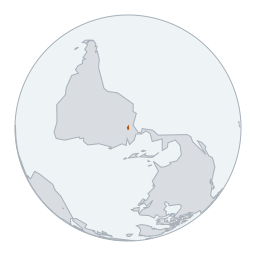 Bogota on an orthographic globe, rotated 158°
{"feature_id": "COL-1399", "entity_name": "Bogota", "entity_type": "Federal District", "adm_level": 1, "iso_a3": "COL", "parent_name": "Colombia", "parent_adm1": "", "projection": "orthographic", "projection_center": [-74.191, 4.255], "detail": "fine", "context": "on_globe", "style": "filled", "palette": "amber", "viewbox_px": 256, "rotation_deg": 158, "n_neighbors": 0, "source": "natural_earth", "source_scale": "10m", "svg_char_len": 7597}
<svg xmlns="http://www.w3.org/2000/svg" viewBox="0 0 256 256"><g transform="rotate(158 128 128)"><circle cx="128" cy="128" r="113" fill="#eef3f6" stroke="#a8b0b8"/><path d="M120.2,120.0L117.6,118.8L115.0,122.1L105.9,116.7L102.8,110.1L75.6,99.7L73.0,96.4L73.2,91.1L65.7,74.2L68.3,90.0L65.0,87.0L62.8,81.3L64.4,79.9L63.5,71.9L60.8,68.9L62.0,59.4L70.1,47.8L70.7,49.5L72.5,46.8L71.9,44.7L71.0,44.1L76.5,34.8L75.6,31.1L71.6,32.5L75.4,30.4L65.3,35.4L62.4,36.6L68.0,33.7L70.3,32.3L69.5,32.2L71.7,30.9L72.6,30.1L75.3,28.6L78.3,27.5L80.1,26.6L79.4,26.6L81.7,25.4L82.4,25.4L86.5,23.4L92.3,21.9L92.1,24.6L97.6,23.8L103.3,27.0L105.1,25.9L108.4,26.9L111.6,26.2L111.8,27.4L114.2,25.9L113.5,25.0L114.3,24.2L116.1,23.8L116.6,25.0L115.8,25.4L116.9,25.6L116.4,26.4L117.7,25.8L118.1,27.6L120.4,25.3L123.0,26.4L122.5,27.7L119.0,28.2L109.2,33.7L107.7,35.8L109.0,38.0L119.0,40.5L118.7,42.9L121.0,45.7L122.7,43.9L121.6,41.2L125.5,38.9L123.6,36.2L124.9,35.1L124.4,32.4L128.3,32.3L132.4,33.7L133.0,36.1L134.8,36.9L137.3,34.5L141.4,39.0L149.3,42.7L149.9,44.2L145.6,46.8L137.8,47.0L132.1,51.8L139.7,48.3L141.2,52.6L143.0,53.3L145.2,53.0L146.2,51.4L147.5,52.9L140.5,56.6L139.2,55.2L141.4,54.0L137.8,54.2L133.1,57.4L134.2,59.6L126.0,63.0L126.7,64.8L125.3,66.7L124.7,63.6L125.5,69.5L116.0,76.5L117.0,87.7L111.9,79.1L107.5,78.2L102.1,78.5L102.2,80.3L95.1,79.2L88.6,83.2L86.2,92.2L88.6,99.1L96.5,99.2L98.9,95.2L104.7,94.3L100.4,105.0L110.6,106.4L109.5,114.5L112.5,118.6L117.6,117.4L122.9,119.4L126.6,114.6L132.7,112.0L132.8,118.5L136.2,112.5L139.6,115.6L151.6,115.1L150.7,116.7L160.8,124.3L171.7,127.4L174.2,132.2L172.9,135.2L176.6,136.0L176.7,138.0L191.3,140.5L198.5,145.2L198.1,152.0L191.7,160.0L185.3,176.4L173.7,182.1L170.2,188.5L160.4,197.9L153.4,197.3L154.9,201.8L150.7,204.6L146.0,204.8L144.9,207.9L141.4,208.0L143.5,210.0L137.5,214.0L138.7,217.2L134.3,220.2L135.2,222.0L133.7,222.0L132.0,222.6L131.7,223.6L127.1,221.9L126.2,217.9L128.1,215.8L126.0,215.4L130.1,209.9L127.8,211.0L128.9,202.5L132.6,195.3L135.4,173.8L133.1,169.5L124.5,164.5L114.2,148.3L117.1,141.5L114.8,138.4L122.2,128.8L120.2,120.0ZM22.6,92.8L23.4,90.2L23.2,91.8L22.6,92.8ZM23.8,88.8L23.5,89.6L23.7,88.9L23.8,88.8ZM23.8,88.3L23.8,88.6L23.7,88.5L23.8,88.3ZM23.7,88.0L23.8,88.0L23.7,88.1L23.7,88.0ZM116.4,91.6L128.0,96.9L121.4,97.7L122.7,96.6L119.7,94.4L114.2,92.4L108.4,93.7L116.4,91.6ZM23.8,86.8L23.9,86.4L24.1,86.2L23.8,86.8ZM121.6,85.2L119.6,84.8L121.6,84.7L121.6,85.2ZM70.2,44.1L71.6,44.9L71.4,47.5L70.0,46.9L70.2,44.1ZM71.0,39.8L72.3,39.6L70.1,42.1L70.0,41.4L71.0,39.8ZM68.2,34.0L69.0,34.1L67.5,34.6L68.2,34.0ZM72.2,30.3L71.3,30.8L72.1,30.3L72.2,30.3ZM122.3,32.7L123.3,32.6L122.9,33.1L122.3,32.7ZM121.1,31.8L119.9,32.5L119.1,32.2L119.9,31.7L121.1,31.8ZM77.0,27.6L78.7,26.7L77.5,27.4L77.0,27.6ZM122.9,31.0L118.0,31.6L116.7,31.1L118.6,29.0L122.9,31.0ZM83.4,24.6L82.4,25.1L81.7,25.3L80.0,26.1L80.4,25.9L83.4,24.6ZM112.4,24.9L113.3,25.8L110.9,25.5L112.4,24.9ZM110.7,25.0L102.0,25.8L101.6,24.6L104.6,24.4L102.7,23.3L106.8,22.2L108.7,22.6L108.2,23.6L110.2,22.5L110.7,25.0ZM114.4,23.8L112.7,24.0L112.2,22.8L115.6,22.3L114.7,22.8L114.4,23.8ZM100.2,23.7L100.5,22.9L103.8,21.7L104.4,21.3L106.8,22.1L100.2,23.7ZM115.7,22.9L117.3,22.1L119.2,22.3L116.1,23.6L115.7,22.9ZM110.7,22.8L110.7,22.3L111.8,22.4L110.7,22.8ZM126.8,23.1L124.8,23.2L124.3,22.5L126.8,23.1ZM117.8,21.8L117.1,21.7L116.7,21.5L118.1,21.1L117.8,21.8ZM109.0,21.3L110.4,21.1L108.2,20.9L110.6,20.3L111.8,21.0L112.4,20.4L113.1,20.2L113.2,21.0L109.0,21.3ZM118.4,20.2L120.8,21.2L124.6,21.2L125.1,21.7L118.8,21.7L118.4,20.2ZM115.4,20.6L117.3,20.4L116.9,21.0L115.3,21.5L115.4,20.6ZM111.9,19.6L107.8,20.4L107.7,20.3L111.9,19.6ZM119.6,20.0L119.0,19.8L119.9,20.0L119.6,20.0ZM114.3,19.5L112.9,19.8L112.8,19.6L114.3,19.5ZM119.0,19.3L119.8,19.5L118.7,19.8L119.0,19.3ZM116.9,19.3L117.1,18.9L117.8,19.7L116.3,19.4L116.9,19.3ZM114.5,19.3L114.0,19.3L115.1,19.2L114.5,19.3ZM122.6,18.2L123.8,19.1L121.4,19.7L120.6,18.6L122.6,18.2ZM134.7,225.4L127.4,222.6L131.6,223.9L134.6,222.3L138.3,224.4L134.7,225.4ZM143.6,221.4L147.1,220.5L147.8,221.0L145.6,221.7L143.6,221.4ZM213.8,55.0L211.9,52.8L206.5,47.8L208.8,50.2L214.0,55.2L213.7,55.0L216.8,58.8L214.2,55.8L207.9,50.2L208.3,52.6L213.9,63.0L213.0,64.5L209.9,63.4L202.5,54.0L205.4,51.7L202.8,48.9L197.7,45.6L199.0,45.3L197.3,43.9L197.9,43.1L194.4,39.1L194.4,38.3L188.7,34.2L187.9,33.4L191.5,36.0L194.0,37.5L193.4,36.3L192.0,35.3L188.4,32.9L188.5,33.0L195.4,37.8L202.0,43.1L208.1,48.8L213.8,55.0ZM182.8,29.6L178.6,27.4L175.2,25.7L182.8,29.6ZM174.5,25.4L173.3,24.9L179.5,28.0L182.0,29.3L184.1,30.4L190.8,34.8L191.9,35.8L185.0,31.6L185.8,32.9L180.0,29.6L166.8,22.4L163.5,21.1L174.5,25.4ZM231.2,173.2L235.6,160.8L238.1,151.7L239.3,145.1L239.8,131.2L239.9,122.9L239.3,119.7L238.7,121.1L237.7,117.4L237.0,117.6L230.8,122.8L227.2,118.4L218.9,103.9L218.8,97.3L215.9,90.3L212.9,64.9L215.6,65.4L217.0,60.6L217.8,61.1L221.2,66.2L224.9,70.5L228.8,77.7L232.2,85.2L235.0,92.9L237.3,100.8L239.0,108.8L240.1,117.0L240.6,125.2L240.5,133.4L239.8,141.6L238.5,149.7L236.6,157.7L234.2,165.6L231.2,173.2ZM217.8,76.8L218.8,78.9L217.8,76.8ZM152.0,115.0L153.4,116.3L151.5,116.4L152.0,115.0ZM120.5,100.4L123.0,100.5L124.2,101.4L122.4,101.8L120.5,100.4ZM141.2,100.2L144.0,100.7L141.1,101.3L141.2,100.2ZM129.9,97.6L138.9,100.0L133.2,102.0L127.5,100.6L131.5,100.0L129.9,97.6ZM120.5,88.9L122.0,89.3L121.5,90.5L120.5,88.9ZM123.1,85.2L122.5,85.3L121.7,84.4L123.1,85.2ZM141.6,52.3L142.2,52.1L144.4,52.2L143.4,52.9L141.6,52.3ZM154.0,49.0L155.9,51.7L153.8,50.1L152.8,51.4L147.3,50.1L150.0,44.9L149.7,47.3L154.0,49.0ZM140.6,47.3L143.8,48.4L140.2,47.4L140.6,47.3ZM187.1,37.7L188.8,38.3L190.7,40.0L190.7,41.9L187.9,39.4L187.1,37.7ZM190.7,38.7L183.8,34.6L183.5,33.5L184.8,34.7L185.3,34.4L187.6,36.4L194.1,39.8L196.2,41.6L195.1,43.7L194.3,41.9L192.7,41.3L190.7,38.7ZM166.6,28.9L163.6,27.9L166.8,26.7L169.3,27.8L169.4,29.6L166.7,29.4L166.6,28.9ZM127.2,27.5L125.9,27.8L125.7,27.3L126.8,26.7L127.2,27.5ZM125.9,23.2L133.0,25.9L131.8,26.3L137.5,27.9L136.5,29.7L132.9,28.5L136.3,31.3L132.7,30.9L135.4,32.8L127.5,30.0L124.3,30.1L128.2,29.3L129.2,27.6L128.6,26.9L124.8,25.2L118.6,24.9L118.5,23.5L120.2,22.6L121.7,22.4L121.2,23.3L123.5,22.5L124.0,23.7L125.9,23.2ZM139.4,17.2L138.3,17.5L143.1,17.6L143.6,18.2L144.1,18.1L145.9,18.8L149.0,19.6L148.7,19.9L150.0,20.1L151.2,20.7L152.9,21.2L153.0,21.9L155.1,22.6L154.0,22.6L157.6,23.7L154.9,23.3L156.2,24.2L158.1,24.1L154.4,28.7L154.9,31.5L156.8,34.2L152.0,33.5L147.2,30.8L143.1,27.5L143.3,25.1L141.1,25.5L140.6,24.5L142.5,24.6L139.2,23.9L139.2,23.2L135.6,21.3L130.7,21.0L129.2,20.4L131.2,20.2L128.4,19.8L131.1,19.1L130.1,18.8L131.8,17.9L136.1,17.9L134.7,17.6L135.9,17.1L139.4,17.2ZM123.3,17.9L128.3,17.4L131.1,17.6L127.0,19.2L127.5,19.6L125.0,20.9L121.0,20.7L122.1,20.3L122.3,19.9L123.5,20.1L122.6,19.6L124.1,19.1L123.8,18.7L125.5,18.6L123.3,17.9ZM216.5,59.0L216.5,58.5L218.4,61.1L216.5,59.0ZM212.3,55.2L212.2,54.7L214.8,57.7L214.6,57.9L212.3,55.2ZM209.8,52.1L212.0,54.5L210.7,53.2L209.8,52.1ZM191.1,35.5L190.7,35.0L191.5,35.6L192.8,36.5L191.1,35.5ZM153.7,18.6L152.6,18.4L151.9,18.3L148.1,17.6L147.5,17.3L149.5,17.6L153.7,18.6ZM152.3,18.1L150.8,17.9L151.4,17.9L152.3,18.1ZM146.8,17.1L147.1,17.1L146.9,17.2L146.8,17.1Z" fill="#d9dde1" stroke="#a8b0b8" stroke-width="1"/><path d="M128.1,128.5L127.9,128.5L127.8,128.8L127.7,128.9L127.6,129.0L127.4,129.1L127.5,128.9L127.6,128.7L127.6,128.4L127.8,128.3L127.9,128.2L128.0,128.0L128.0,127.9L128.0,127.7L127.9,127.7L128.0,127.5L128.0,127.4L127.9,127.3L128.0,127.2L128.2,126.9L128.3,126.9L128.3,127.0L128.3,127.3L128.2,127.5L128.2,127.8L128.1,128.0L128.2,128.3L128.1,128.5Z" fill="#f59e0b" stroke="#b45309" stroke-width="1.5"/></g></svg>